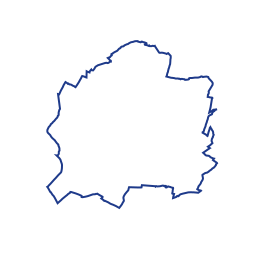 the district of Dobrin, Salaj, Romania, rotated 344°
{"feature_id": "2599482B81285722475955", "entity_name": "Dobrin", "entity_type": "district", "adm_level": 2, "iso_a3": "ROU", "parent_name": "Romania", "parent_adm1": "Salaj", "projection": "natural_earth1", "projection_center": [23.114, 47.302], "detail": "fine", "context": "isolated", "style": "outline", "palette": "blue", "viewbox_px": 256, "rotation_deg": 344, "n_neighbors": 0, "source": "geoboundaries", "source_scale": "gbopen_adm2", "svg_char_len": 5758}
<svg xmlns="http://www.w3.org/2000/svg" viewBox="0 0 256 256"><g transform="rotate(344 128 128)"><path d="M180.9,208.4L180.8,208.2L179.6,207.6L179.1,207.3L177.9,206.2L177.7,205.9L178.9,204.8L179.6,203.6L182.1,201.8L182.9,201.0L183.2,200.4L185.3,198.5L185.9,197.7L186.2,197.0L186.4,195.4L186.4,194.4L186.7,193.5L189.7,192.6L190.8,192.6L191.8,192.7L192.0,192.6L193.5,192.2L194.3,191.7L196.5,191.0L198.1,190.1L199.5,189.8L200.4,189.2L200.7,189.1L202.3,187.9L202.5,187.2L203.9,186.4L203.8,185.9L201.0,182.5L200.8,182.2L202.2,181.1L201.3,180.6L199.2,178.8L198.7,177.8L198.0,177.0L195.6,176.0L194.8,175.0L194.5,174.3L193.4,172.5L200.7,170.0L200.6,169.8L200.7,169.6L200.9,169.6L199.7,168.0L202.5,167.1L203.9,166.3L204.9,166.0L205.0,165.1L204.8,164.2L204.8,163.4L205.6,161.7L207.2,160.0L207.2,159.7L208.4,158.3L208.3,158.2L208.4,156.6L208.6,156.0L208.7,154.6L208.2,153.2L207.9,151.6L207.4,150.3L207.4,149.9L206.8,150.3L205.7,152.2L204.4,154.0L202.3,157.5L202.2,157.6L202.0,157.4L201.1,155.8L198.4,153.1L198.6,152.6L199.5,152.4L200.1,151.7L200.6,150.9L200.8,150.4L203.0,147.7L203.7,146.3L204.8,144.8L205.4,144.0L205.8,143.2L207.1,141.5L207.8,140.1L208.6,139.0L209.3,138.6L210.2,138.3L212.3,138.0L212.6,137.8L212.9,137.1L213.3,136.6L214.1,136.0L214.2,135.8L215.7,135.5L216.1,135.0L216.3,134.8L218.7,134.5L216.8,134.3L216.5,134.3L215.3,134.0L214.7,134.1L214.4,134.3L213.7,134.5L213.1,135.0L212.7,135.0L211.6,135.1L210.9,135.5L210.3,135.6L211.9,132.9L213.1,130.8L216.4,123.8L216.8,123.0L217.4,122.5L217.4,122.3L217.2,122.0L215.3,121.2L214.6,120.8L213.8,120.3L213.2,120.1L214.1,117.9L214.9,117.3L215.3,116.6L215.5,116.0L215.6,115.0L221.2,109.8L221.8,108.2L221.5,106.9L220.8,105.4L219.4,102.7L219.2,102.0L219.2,101.1L217.7,100.2L215.6,99.8L215.0,99.7L214.1,99.7L213.7,99.4L213.7,99.2L213.0,98.7L212.7,98.7L212.4,98.6L211.4,98.9L209.9,98.9L209.0,98.8L206.2,98.0L203.5,97.6L201.3,97.0L200.4,97.1L200.1,97.8L199.6,98.0L198.4,97.9L196.3,97.5L195.9,97.3L195.7,97.0L195.7,96.7L194.5,96.2L193.3,95.6L192.1,95.6L192.1,95.4L190.6,94.8L190.6,94.6L190.3,94.5L189.6,94.3L189.1,94.0L187.7,93.7L186.0,92.7L184.8,92.2L184.2,91.9L183.3,91.6L179.1,89.1L179.9,88.2L180.0,87.9L180.4,87.1L181.3,85.7L181.7,85.3L182.2,84.4L182.4,83.9L183.2,82.6L183.3,82.3L184.0,81.5L185.1,79.6L186.1,78.2L187.1,75.5L187.7,73.7L188.1,73.0L188.5,72.0L188.9,70.6L188.8,70.2L187.2,67.1L185.6,67.5L185.3,67.2L184.6,66.7L182.6,65.5L181.3,64.9L179.3,64.5L178.8,64.2L178.6,63.8L176.6,57.3L176.4,56.8L176.4,56.4L175.9,56.4L175.3,56.3L174.5,55.8L173.2,55.8L172.1,55.5L170.8,55.0L170.7,54.8L170.8,54.5L170.2,54.5L168.9,53.5L167.4,52.8L167.2,52.6L167.2,52.4L168.6,52.2L168.9,52.1L169.1,51.8L169.1,51.5L167.4,50.2L166.5,49.8L165.2,48.8L164.7,48.7L164.4,49.0L163.8,49.1L161.4,47.7L161.3,47.2L159.7,46.7L158.3,46.5L156.8,46.6L154.5,46.4L152.7,46.7L151.0,47.3L150.0,47.2L147.3,47.6L146.5,48.1L146.1,48.2L145.5,48.2L144.8,48.0L144.1,48.1L143.0,48.6L142.8,49.0L142.3,49.2L141.3,49.3L139.1,50.7L138.5,50.9L136.3,51.3L134.4,51.8L133.8,52.2L132.7,52.3L132.4,52.4L132.3,52.7L132.5,53.2L132.4,53.7L131.3,54.1L130.2,54.9L129.6,55.0L128.4,55.0L127.9,55.1L128.7,56.5L129.4,58.1L130.0,58.6L130.0,59.0L129.8,59.5L129.2,59.3L128.6,59.4L127.3,60.0L126.4,60.0L125.9,59.8L125.5,59.5L125.0,59.3L123.6,59.2L116.4,59.4L113.6,60.2L112.0,61.8L110.3,63.0L109.1,62.5L108.7,62.0L108.7,61.7L108.5,61.8L106.9,63.0L106.5,63.6L106.3,64.0L104.4,62.6L103.9,62.1L102.0,68.0L101.1,67.4L99.8,66.3L98.3,65.4L97.7,65.9L96.5,67.3L94.6,69.1L93.9,69.9L91.0,72.5L88.8,74.3L88.3,73.8L87.9,73.1L86.7,72.2L86.0,71.5L85.7,71.0L84.7,70.3L84.0,70.1L83.6,69.7L83.4,69.6L83.2,69.2L82.8,69.1L82.9,68.9L82.7,68.6L82.3,68.6L80.6,66.6L79.9,67.2L77.9,69.1L76.6,70.7L73.8,73.5L71.1,76.7L70.1,76.1L67.9,90.9L66.9,91.8L65.6,94.0L65.5,94.7L65.2,95.1L65.1,95.9L64.8,96.5L64.5,96.8L64.0,96.9L63.8,97.1L63.2,98.1L62.5,98.7L61.6,99.1L58.9,101.0L57.7,101.5L56.5,102.4L54.8,103.1L54.0,104.1L52.0,105.3L50.0,107.6L49.6,108.7L49.5,109.3L49.5,109.9L49.7,110.6L51.3,113.4L51.7,115.1L52.4,116.7L54.4,119.9L54.4,120.2L55.5,123.1L56.4,124.6L56.4,125.3L56.2,125.8L56.3,126.3L56.4,126.6L56.5,128.5L55.9,130.9L55.1,131.5L54.8,132.1L54.7,132.6L54.4,133.7L53.5,134.5L53.0,135.0L52.5,135.0L51.8,134.7L53.7,138.1L54.3,139.8L54.3,140.3L54.4,142.5L54.4,143.2L54.5,143.4L54.5,144.1L54.4,144.9L54.4,145.3L53.4,148.4L52.7,150.0L51.8,151.7L51.2,152.3L47.8,154.2L44.7,156.2L43.1,157.1L38.0,160.3L35.7,161.6L34.8,162.3L34.2,162.4L34.7,163.8L35.6,167.9L35.8,168.3L36.1,168.4L37.0,171.4L37.8,172.9L38.4,175.1L39.6,180.9L40.6,180.4L43.8,178.9L45.4,178.0L49.6,176.2L51.1,175.6L52.1,175.0L54.4,174.3L54.7,174.1L55.0,173.6L55.8,173.9L59.6,176.4L62.2,178.3L64.2,180.0L64.7,180.5L64.4,181.6L65.3,182.0L68.1,182.3L70.7,182.4L76.0,182.1L78.1,182.6L79.0,182.5L80.0,182.8L80.4,182.7L81.9,184.4L84.5,187.0L84.6,187.3L84.0,187.8L82.9,188.4L84.3,190.1L84.6,190.9L85.2,191.6L85.4,191.6L85.6,191.5L88.7,194.2L89.7,195.4L90.9,196.5L92.2,197.4L94.9,199.7L97.5,202.4L99.2,201.2L101.1,199.7L102.6,198.1L103.6,197.3L104.0,196.7L104.2,195.4L104.3,193.9L105.0,192.6L106.7,190.9L109.1,189.2L111.0,188.0L111.3,187.6L112.0,186.3L112.7,185.2L120.2,187.6L123.9,188.7L124.6,188.8L125.6,186.8L137.7,191.3L138.2,191.6L138.3,191.9L138.9,191.6L139.2,191.7L139.9,192.2L142.7,192.8L145.1,192.9L145.8,193.0L146.5,193.6L147.3,193.7L148.1,194.0L147.7,194.9L147.8,195.3L148.2,195.7L148.9,195.7L149.2,195.0L150.1,195.4L150.5,195.3L150.9,195.4L151.3,195.8L152.5,196.4L153.4,197.2L154.8,197.9L154.8,198.3L153.9,200.0L153.3,201.6L152.6,202.8L152.5,203.2L152.8,203.5L154.1,204.1L152.5,206.7L152.0,207.8L155.2,207.6L156.0,207.1L156.5,207.0L156.9,207.2L157.5,207.0L157.8,207.1L157.8,207.3L158.2,207.2L159.3,206.5L160.2,206.2L162.6,206.2L168.2,206.5L170.4,207.0L173.8,208.1L177.7,209.6L180.9,208.4Z" fill="none" stroke="#1e3a8a" stroke-width="2"/></g></svg>